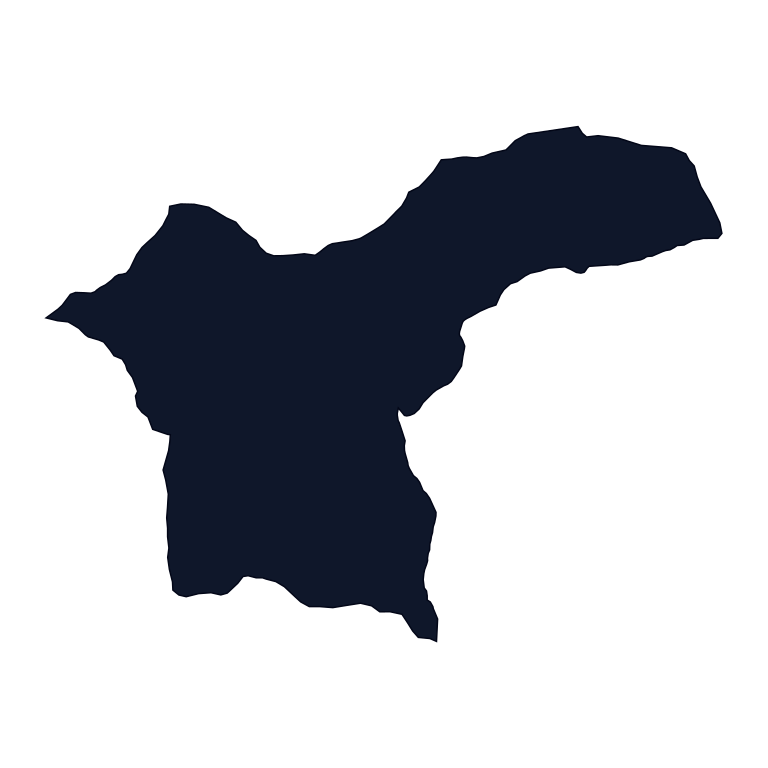 outline of Genye, Thimphu, Bhutan
{"feature_id": "84629894B67329763670216", "entity_name": "Genye", "entity_type": "district", "adm_level": 2, "iso_a3": "BTN", "parent_name": "Bhutan", "parent_adm1": "Thimphu", "projection": "mercator", "projection_center": [89.615, 27.302], "detail": "fine", "context": "isolated", "style": "filled", "palette": "ink", "viewbox_px": 768, "rotation_deg": 0, "n_neighbors": 0, "source": "geoboundaries", "source_scale": "gbopen_adm2", "svg_char_len": 3584}
<svg xmlns="http://www.w3.org/2000/svg" viewBox="0 0 768 768"><path d="M436.5,641.4L437.6,619.0L433.3,608.7L432.9,606.6L430.3,602.0L427.2,600.0L427.2,595.8L426.5,591.0L424.2,587.9L423.2,579.6L423.8,573.6L424.6,569.7L426.6,564.2L427.6,560.7L427.5,558.1L428.2,553.3L429.6,549.9L429.8,544.0L430.8,540.6L431.4,536.5L432.5,532.7L433.2,526.8L434.6,522.5L435.9,516.0L436.0,512.3L429.6,498.3L426.3,493.5L423.0,490.6L419.6,482.4L416.9,478.5L413.4,475.6L409.3,468.4L408.1,465.5L407.7,462.5L405.1,453.4L404.5,450.4L404.3,445.7L405.1,440.8L401.8,430.5L399.2,422.7L398.1,420.5L397.3,415.3L397.3,413.2L398.3,408.0L401.3,411.5L404.4,415.4L406.7,415.9L409.9,415.3L414.2,413.5L419.1,409.0L423.0,402.7L432.7,392.9L436.3,390.0L443.7,385.8L447.6,384.2L451.2,381.5L453.6,378.2L459.5,369.3L461.5,365.9L462.8,356.5L464.4,348.4L464.7,346.1L462.7,340.7L460.8,337.1L459.7,335.7L459.3,333.9L459.6,331.5L462.3,322.9L463.2,321.2L464.6,319.9L466.9,318.4L471.0,316.4L479.8,311.3L488.6,307.4L495.9,305.0L498.4,299.4L500.3,295.0L503.9,289.6L510.5,283.7L517.1,281.6L525.1,275.9L530.2,273.2L540.6,270.9L548.6,268.1L565.1,266.8L570.7,269.4L576.3,272.4L580.9,273.1L584.1,272.3L585.5,270.7L587.2,268.1L589.1,266.3L604.4,265.3L610.9,264.8L617.9,264.9L629.1,261.8L640.4,259.9L644.0,258.4L645.8,257.1L647.6,256.4L652.1,256.1L662.5,251.6L665.7,250.5L670.0,249.8L674.4,247.4L677.1,245.5L684.1,245.0L692.7,240.3L699.3,239.3L703.2,238.4L712.3,238.3L717.9,238.3L721.9,233.4L719.8,222.8L710.6,203.2L700.9,186.8L697.2,177.0L694.2,166.0L689.3,160.6L685.6,153.8L671.6,147.8L641.3,145.4L618.2,138.1L598.1,135.7L586.6,137.0L582.3,133.3L578.0,126.6L527.9,134.0L526.3,134.8L524.4,135.6L520.5,137.8L515.3,140.6L513.9,142.0L508.1,147.9L505.9,150.0L501.0,151.1L492.1,153.1L489.7,154.1L483.9,156.5L476.8,157.9L472.6,157.7L466.4,157.1L462.6,157.2L457.3,157.9L451.7,159.1L447.1,159.4L445.3,159.5L441.3,159.8L436.3,167.5L433.7,171.4L430.4,175.2L427.3,178.6L425.6,180.5L420.7,185.5L419.2,187.0L412.4,190.4L408.8,192.2L406.6,197.9L401.8,206.1L399.3,208.6L396.2,211.6L394.1,213.9L384.2,224.0L378.5,227.6L370.3,232.6L367.3,234.4L361.3,237.9L359.2,238.8L352.1,240.7L342.0,242.2L337.9,242.9L332.3,243.7L328.2,245.5L323.6,248.9L322.2,250.1L319.6,252.2L315.2,255.3L312.2,254.9L304.3,253.8L293.1,255.0L282.6,255.7L273.7,255.8L266.2,253.2L259.8,247.2L256.0,240.4L248.9,235.5L242.5,230.3L235.8,222.2L226.1,217.8L208.8,207.3L194.2,204.3L180.8,204.0L169.7,206.3L168.8,214.2L165.9,219.7L164.9,221.7L162.9,225.7L155.1,235.5L147.2,242.6L142.0,247.5L136.8,254.7L133.5,261.5L130.1,268.6L126.4,273.2L122.3,274.3L118.6,274.7L115.2,276.6L113.8,278.0L111.5,280.3L109.3,282.0L105.5,284.9L100.3,287.5L96.6,290.2L95.1,291.7L91.0,293.2L84.2,292.8L75.6,292.5L70.4,294.4L65.6,300.8L62.2,305.3L58.1,309.1L46.1,317.9L57.5,320.7L68.2,321.9L78.9,328.3L85.3,334.7L88.3,336.9L98.6,339.9L103.7,342.0L110.2,350.1L114.0,355.7L122.2,359.1L125.6,364.7L127.3,370.3L132.5,377.5L137.7,391.3L135.5,396.0L137.3,406.3L142.0,412.3L148.0,417.0L152.7,429.3L162.6,432.7L167.7,434.4L170.3,434.7L169.9,441.2L168.6,450.7L163.1,470.0L165.7,479.9L168.3,494.1L167.5,507.8L166.7,517.9L167.6,528.2L167.6,536.8L168.9,548.0L167.7,557.4L169.4,569.5L172.5,581.9L172.9,590.1L178.9,595.0L186.2,596.7L198.6,593.6L211.0,592.7L220.8,594.9L227.2,593.1L229.1,591.4L237.8,583.2L243.0,576.5L248.1,575.7L256.2,577.8L262.6,577.8L266.0,579.0L275.9,581.6L284.4,586.7L295.6,597.2L300.7,601.9L309.3,606.6L320.0,606.6L332.8,607.6L346.4,605.4L360.5,603.2L371.6,605.8L379.8,611.8L390.0,611.7L402.0,614.3L407.6,622.8L412.7,631.0L418.3,637.4L429.9,638.5L436.5,641.4Z" fill="#0f172a" stroke="#020617" stroke-width="1.5"/></svg>